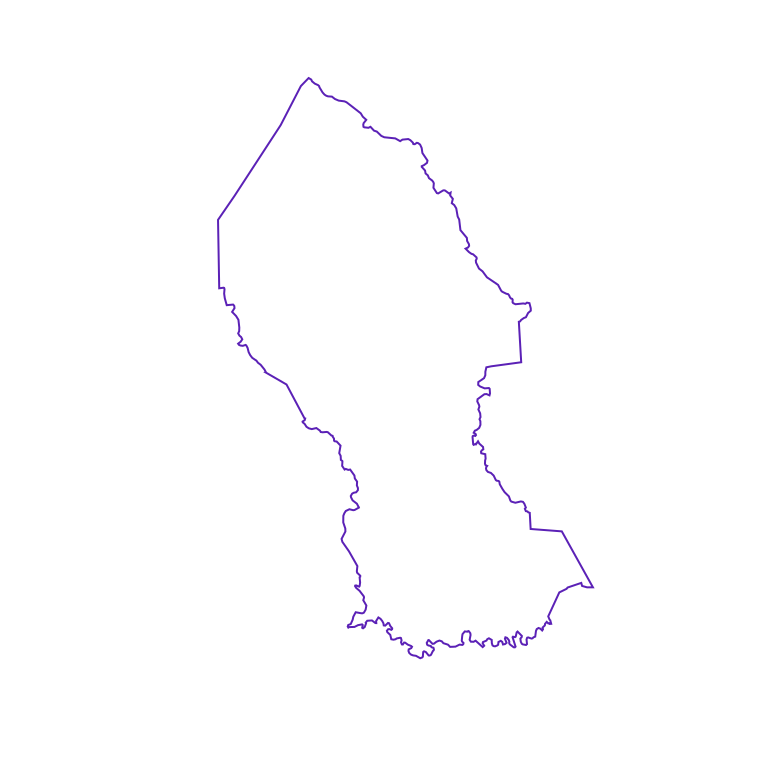 Candelaria Loxicha, Oaxaca, Mexico, rotated 146°
{"feature_id": "50627088B4271549449183", "entity_name": "Candelaria Loxicha", "entity_type": "district", "adm_level": 2, "iso_a3": "MEX", "parent_name": "Mexico", "parent_adm1": "Oaxaca", "projection": "robinson", "projection_center": [-96.515, 15.9], "detail": "fine", "context": "isolated", "style": "outline", "palette": "violet", "viewbox_px": 768, "rotation_deg": 146, "n_neighbors": 0, "source": "geoboundaries", "source_scale": "gbopen_adm2", "svg_char_len": 6128}
<svg xmlns="http://www.w3.org/2000/svg" viewBox="0 0 768 768"><g transform="rotate(146 384 384)"><path d="M275.4,679.8L286.3,677.5L324.9,656.4L402.6,623.6L429.8,612.9L467.1,555.5L463.1,553.5L462.8,553.0L463.2,551.8L466.0,548.3L468.0,544.2L470.3,537.3L465.0,534.4L464.6,534.1L464.5,532.4L465.5,530.5L469.6,528.7L468.6,523.1L468.8,518.6L472.4,511.7L474.5,508.8L476.6,507.5L476.8,504.9L476.2,502.9L476.5,500.3L479.2,499.2L482.4,499.0L482.3,497.4L481.4,496.1L479.7,494.6L476.9,493.8L476.6,493.0L476.9,490.2L478.4,486.1L478.8,482.7L478.6,479.4L476.7,474.6L476.6,472.1L475.5,468.9L475.0,462.8L475.3,459.8L475.7,459.9L465.1,438.1L469.1,400.1L468.6,399.5L469.9,398.4L472.5,398.4L472.8,397.7L472.1,395.2L472.2,391.9L471.1,389.3L469.1,387.0L464.7,385.3L463.2,381.2L463.3,379.6L461.9,378.3L458.3,376.3L457.5,375.4L456.4,370.7L455.6,369.8L456.0,368.8L456.0,366.7L457.1,364.9L456.9,364.1L455.4,362.8L454.5,357.2L459.8,351.7L460.1,348.7L462.2,345.2L461.6,343.5L461.8,343.0L464.5,339.5L464.5,335.1L463.2,335.0L461.7,332.8L459.9,332.0L459.7,324.7L461.0,322.0L460.9,318.1L463.2,315.1L463.8,312.3L465.0,310.6L467.6,309.8L470.0,310.8L471.8,310.9L474.2,309.7L474.7,308.4L475.1,305.1L473.4,299.9L473.9,295.9L473.1,295.5L478.8,296.0L480.1,296.6L482.7,299.5L486.7,300.1L489.2,299.0L491.4,297.5L495.2,292.0L496.9,285.8L498.5,283.3L505.8,279.3L506.8,276.4L506.6,264.9L507.9,247.9L511.2,244.0L511.8,242.6L510.9,238.3L511.5,237.5L512.3,237.4L514.8,232.8L517.1,230.2L517.9,229.9L519.7,232.6L520.6,233.0L521.0,232.7L521.1,230.6L519.9,226.2L519.5,219.2L520.0,218.1L522.1,216.3L522.5,210.2L525.4,207.2L528.5,205.7L530.0,205.9L530.9,206.5L535.1,210.6L539.6,208.2L541.8,206.1L545.8,203.6L548.4,204.2L549.7,203.2L549.8,202.0L548.9,202.0L544.3,199.1L540.4,198.6L536.6,197.0L536.4,196.0L538.4,194.1L538.0,193.2L535.9,193.3L532.7,195.6L532.6,196.4L530.3,197.1L526.2,194.7L524.8,190.6L524.1,190.1L523.1,191.9L519.2,193.6L518.2,191.3L518.0,188.5L518.3,185.9L519.2,184.0L518.1,183.0L514.3,183.7L513.6,182.9L514.1,179.8L513.8,176.9L514.4,176.2L515.4,176.1L516.5,177.7L517.7,178.4L519.6,177.8L520.0,176.4L519.1,172.5L520.7,168.3L519.1,166.7L517.1,165.9L515.9,166.0L512.5,164.6L512.0,163.9L512.8,161.6L514.3,160.4L514.8,158.1L514.1,157.5L511.9,158.4L511.1,157.7L510.0,154.6L508.0,151.6L507.7,150.5L509.1,149.8L511.9,150.2L513.0,149.0L513.5,146.9L512.9,144.5L511.7,142.8L509.5,140.8L507.3,136.4L505.1,135.9L504.2,136.3L501.4,139.9L500.3,140.0L499.2,138.4L498.8,134.0L497.9,133.3L496.5,133.2L492.8,135.3L491.8,135.4L491.0,136.1L490.5,137.7L491.8,139.2L491.7,140.6L493.5,142.5L494.0,143.8L493.3,145.5L490.4,146.9L490.0,146.6L489.1,141.5L487.8,140.8L484.6,141.0L481.5,140.3L480.0,138.4L479.7,135.9L476.7,132.1L476.2,129.1L471.6,126.3L467.1,125.7L465.0,123.9L463.9,123.9L462.9,124.8L463.3,126.9L463.0,127.8L460.2,131.2L458.8,132.7L455.4,133.7L453.3,132.0L452.3,132.1L451.9,131.6L451.8,129.1L452.6,127.5L456.0,124.1L456.1,121.8L453.9,120.2L451.6,120.0L449.3,110.7L447.3,111.0L447.2,113.9L446.3,114.7L442.6,114.0L441.0,114.7L439.2,114.5L437.8,111.6L439.5,108.9L440.2,106.6L439.7,105.4L438.6,104.4L436.3,103.9L435.2,104.0L433.4,106.1L430.8,105.8L430.2,104.1L431.0,101.5L429.1,100.7L427.1,100.9L426.2,105.2L425.0,106.1L424.0,104.8L423.7,102.2L424.1,100.4L425.1,99.2L425.3,97.8L423.7,93.2L422.8,92.5L421.8,92.7L419.0,102.2L418.4,102.4L417.0,100.9L416.1,100.9L412.9,103.9L411.7,104.1L410.6,98.0L411.5,97.1L413.3,96.7L414.7,93.9L415.0,91.6L414.6,90.6L412.2,88.2L410.9,88.4L408.7,92.5L407.2,93.6L406.2,93.3L404.1,90.5L403.1,90.1L401.7,90.4L399.9,90.0L396.1,94.3L394.4,95.4L392.3,95.3L391.2,93.7L390.7,91.2L389.4,91.7L388.7,93.4L385.7,93.9L384.6,95.1L382.1,95.8L381.7,93.7L380.9,93.4L380.9,92.5L379.5,91.7L378.3,95.1L378.5,96.0L377.8,99.5L355.2,113.2L347.2,112.1L345.6,112.6L331.7,108.8L332.7,105.8L329.3,101.8L324.5,98.6L319.0,162.4L343.5,181.8L335.2,195.7L336.2,197.0L336.3,198.1L337.5,199.3L337.0,201.8L335.5,202.2L334.6,206.3L334.7,208.6L336.2,210.1L341.5,212.1L344.2,215.3L344.4,216.7L343.3,221.0L344.5,226.9L344.5,230.9L344.1,236.1L343.0,238.6L343.2,239.5L344.7,240.9L345.0,241.9L344.3,246.7L345.1,250.5L347.0,253.0L347.3,255.3L346.7,256.9L345.6,258.0L344.3,258.4L345.2,259.9L344.9,261.4L342.9,264.1L341.5,265.3L339.3,269.2L342.1,272.2L341.5,273.6L340.2,274.3L338.2,274.3L337.1,276.4L338.3,281.2L338.1,283.9L341.5,282.6L341.6,283.2L343.7,283.4L343.8,284.1L340.2,290.6L339.5,291.2L338.2,290.9L337.4,289.9L336.3,290.2L336.0,291.5L336.9,293.4L334.8,294.5L332.8,294.1L329.6,294.4L326.9,296.2L324.9,299.3L324.5,301.4L322.5,302.6L320.7,305.9L320.0,310.1L317.6,311.9L317.0,313.3L316.4,317.4L314.9,319.1L306.5,319.4L304.6,318.3L302.9,315.6L301.4,316.9L299.1,320.9L299.3,322.0L303.0,324.1L305.7,328.2L306.4,330.6L304.7,332.9L297.8,332.9L295.1,334.6L293.1,337.5L289.8,340.6L285.2,338.7L258.1,325.3L237.4,360.2L236.1,359.8L234.6,360.4L231.2,360.5L229.0,360.0L224.8,362.3L221.3,362.7L220.0,364.7L218.2,369.7L220.0,371.5L221.9,371.4L223.5,372.9L230.4,376.6L231.7,378.8L231.7,379.9L230.2,381.9L230.1,382.9L230.9,383.8L231.1,385.3L230.7,387.6L230.9,389.2L232.1,390.4L234.4,394.4L234.7,395.9L234.0,402.4L239.0,414.9L239.3,422.3L240.7,426.6L239.8,433.2L238.8,435.1L237.1,436.0L236.5,437.2L237.6,441.7L238.7,443.0L239.8,445.9L240.7,450.6L238.0,450.2L236.2,450.9L235.4,452.4L235.1,456.1L233.6,458.8L234.6,468.8L229.7,478.3L229.3,481.6L225.9,489.2L225.7,493.1L226.7,496.0L223.4,499.0L223.7,503.3L221.8,505.4L223.5,505.5L225.2,510.3L225.9,511.0L226.7,511.4L232.5,511.7L233.4,512.7L233.3,519.0L230.5,522.5L230.2,523.8L230.3,525.8L231.6,529.5L231.0,532.5L231.8,535.3L230.6,538.0L231.3,542.9L230.9,543.5L228.5,543.1L224.7,543.3L223.0,544.9L223.0,554.0L220.8,558.6L220.2,562.3L221.0,564.6L221.9,565.6L224.4,565.6L225.5,566.5L225.1,568.0L225.8,571.4L226.9,573.5L232.1,576.3L234.8,576.3L237.3,581.3L245.8,588.4L247.5,591.2L248.8,597.3L250.6,599.6L251.4,604.8L253.6,605.1L256.8,607.8L257.2,608.7L256.1,610.7L254.9,611.7L251.0,612.9L252.1,617.5L251.9,621.4L257.5,638.5L258.7,640.4L263.1,644.3L265.3,647.7L266.5,651.4L269.6,653.8L270.7,655.3L271.5,657.2L271.9,660.1L271.6,666.1L271.2,667.2L271.5,668.6L273.4,671.7L274.4,675.1L274.1,677.1L275.4,679.8Z" fill="none" stroke="#5b21b6" stroke-width="2"/></g></svg>